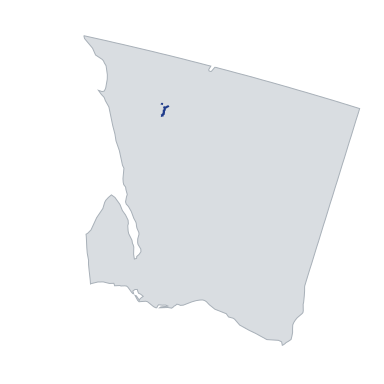 Aswan, Aswan, Egypt (highlighted), rotated 194°
{"feature_id": "37247803B17658865613215", "entity_name": "Aswan", "entity_type": "district", "adm_level": 2, "iso_a3": "EGY", "parent_name": "Egypt", "parent_adm1": "Aswan", "projection": "albers", "projection_center": [32.887, 24.103], "detail": "fine", "context": "in_parent", "style": "filled", "palette": "blue", "viewbox_px": 384, "rotation_deg": 194, "n_neighbors": 0, "source": "geoboundaries", "source_scale": "gbopen_adm2", "svg_char_len": 5355}
<svg xmlns="http://www.w3.org/2000/svg" viewBox="0 0 384 384"><g transform="rotate(194 192 192)"><path d="M334.5,317.5L326.6,317.7L318.8,317.9L310.9,318.1L303.0,318.2L295.2,318.4L287.3,318.5L279.4,318.6L271.6,318.7L263.7,318.8L255.8,318.8L248.0,318.9L240.1,318.9L232.2,318.9L224.4,318.8L216.5,318.8L208.6,318.7L204.2,318.7L204.9,316.4L205.4,314.8L204.9,313.7L203.4,313.4L202.4,313.7L200.0,318.5L198.8,318.7L196.0,318.6L186.8,318.5L177.6,318.3L168.5,318.2L159.3,318.0L150.2,317.7L141.0,317.5L131.9,317.2L122.7,316.9L113.5,316.5L104.4,316.2L95.2,315.8L86.1,315.4L76.9,315.0L67.8,314.5L58.6,314.0L49.5,313.5L49.8,307.7L50.2,302.0L50.5,296.2L50.8,290.4L51.1,284.6L51.5,278.8L51.8,273.0L52.1,267.2L52.4,261.4L52.8,255.6L53.1,249.8L53.4,244.0L53.7,238.2L54.1,232.4L54.4,226.6L54.7,220.8L55.1,215.1L55.4,209.3L55.7,203.5L56.0,197.7L56.4,191.9L56.7,186.1L57.0,180.3L57.3,174.5L57.7,168.8L58.0,163.0L58.3,157.2L58.6,151.4L59.0,145.6L59.3,139.9L59.6,134.1L59.9,128.3L59.8,127.2L58.8,123.2L57.9,118.2L57.0,112.0L57.0,110.0L55.3,103.6L55.2,101.8L55.8,100.6L59.5,95.4L60.7,92.9L61.7,89.9L62.1,87.4L61.3,83.5L60.4,80.0L60.2,76.4L60.2,72.9L62.1,70.7L64.3,68.6L65.1,67.3L66.4,65.8L67.3,65.1L68.8,68.3L72.2,69.0L83.7,66.9L96.1,70.2L103.0,71.6L113.5,74.4L119.9,78.9L121.6,79.5L126.3,79.6L129.3,82.2L141.4,83.8L147.9,86.8L151.5,89.1L153.7,89.8L155.7,89.8L158.4,89.0L161.7,87.6L165.4,85.5L173.1,80.1L175.8,79.2L177.5,79.5L179.6,79.5L180.5,78.0L181.7,77.0L182.4,75.8L183.6,74.4L187.5,74.1L195.4,71.8L194.5,72.9L187.3,75.5L190.3,75.9L193.5,75.0L197.1,74.5L197.7,73.4L198.2,71.2L198.9,70.9L201.4,71.4L208.7,74.8L210.5,74.8L215.7,73.1L216.8,72.7L218.5,73.7L222.3,77.9L220.9,77.8L216.9,74.2L216.5,76.0L214.1,79.0L217.0,80.4L219.4,80.9L220.7,82.7L221.5,84.2L223.8,83.6L225.5,81.5L224.6,80.3L224.0,79.1L224.8,79.1L226.4,80.1L231.1,84.1L232.7,84.9L234.5,84.7L238.3,83.6L239.3,83.8L244.4,82.3L245.0,83.4L245.8,84.5L249.9,83.3L256.4,83.3L261.6,81.9L267.7,78.7L268.2,78.2L268.5,79.0L269.2,81.2L271.2,86.6L272.8,90.9L274.9,96.8L275.5,99.1L275.8,100.6L278.8,107.2L280.6,112.5L281.9,116.9L283.8,123.2L284.6,125.4L283.3,126.6L280.8,130.8L278.3,144.0L274.5,154.4L274.2,160.9L273.6,163.2L271.8,166.5L269.5,169.7L265.5,168.1L258.9,162.5L255.1,157.2L251.0,153.7L247.2,149.2L246.1,145.9L246.2,143.8L244.5,138.6L243.3,136.2L238.6,130.7L237.3,127.7L236.3,126.5L235.2,124.6L233.6,117.5L231.7,113.0L229.7,114.2L230.0,116.1L228.2,118.7L227.1,121.8L227.9,124.3L231.7,128.1L232.5,129.8L233.3,133.3L233.2,138.2L233.8,139.9L236.6,143.5L237.7,145.7L238.3,147.6L239.2,149.2L242.1,152.4L246.2,158.4L250.1,162.5L252.9,164.4L254.1,166.4L254.4,171.5L254.2,173.9L256.7,178.4L257.6,180.7L260.0,182.6L261.1,184.8L262.2,188.2L263.8,198.6L265.9,201.1L272.5,214.6L278.1,223.2L280.8,229.6L285.0,237.3L293.2,254.4L298.1,259.6L300.1,262.5L303.6,264.8L307.4,268.0L303.8,267.7L302.9,268.0L301.7,268.6L301.1,270.6L300.9,272.2L301.5,280.9L302.5,285.3L305.9,293.7L308.3,296.1L309.5,297.7L311.1,298.9L318.7,301.6L323.3,307.5L333.4,314.9L334.5,317.0L334.5,317.5Z" fill="#d9dde1" stroke="#a8b0b8" stroke-width="1"/><path d="M238.5,266.2L238.4,266.0L238.4,265.8L238.4,265.7L238.5,265.6L238.5,265.4L238.5,265.2L238.8,265.0L238.8,264.9L238.9,264.7L239.0,264.6L239.1,264.4L239.2,264.2L239.1,263.9L239.0,263.7L238.9,263.6L238.9,263.4L238.7,263.2L238.6,262.9L238.5,262.6L238.5,262.4L238.5,262.2L238.4,262.0L238.4,261.8L238.4,261.7L238.5,261.5L238.6,261.4L238.6,261.2L238.6,260.9L238.5,261.0L238.4,261.1L238.5,261.3L238.4,261.4L238.5,261.3L238.4,261.3L238.4,261.2L238.5,261.0L238.5,260.9L238.7,260.7L238.8,260.6L238.9,260.4L238.9,260.2L239.0,260.1L239.1,259.9L239.3,259.8L239.3,259.7L239.4,259.4L239.4,259.2L239.5,259.2L239.4,259.1L239.5,259.1L239.5,258.9L239.4,258.9L239.2,258.9L239.1,259.1L238.9,259.3L238.7,259.6L238.6,259.8L238.6,260.0L238.3,260.3L238.1,260.5L238.0,260.8L238.1,261.1L238.1,261.3L238.1,261.6L238.2,262.5L238.3,262.7L238.3,262.8L238.3,263.0L238.4,263.5L238.5,263.5L238.6,263.8L238.6,264.0L238.5,264.3L238.4,264.3L238.3,264.5L238.2,264.6L238.1,265.1L238.1,265.4L238.1,265.5L238.2,265.9L238.2,266.1L238.3,266.3L238.4,266.2L238.5,266.2L238.5,266.2ZM239.4,264.3L239.4,264.2L239.3,263.9L239.3,263.6L239.2,263.4L239.1,263.1L238.9,263.0L238.8,262.5L239.0,262.3L238.9,261.2L239.0,260.9L239.1,260.7L239.3,260.4L239.2,260.3L239.3,260.2L239.6,259.8L239.8,259.2L239.8,258.5L239.8,258.3L239.7,258.3L239.6,258.6L239.6,258.8L239.6,259.0L239.6,259.3L239.5,259.6L239.4,259.7L239.4,259.8L239.2,259.9L239.2,260.0L239.0,260.3L239.0,260.5L238.9,260.6L238.8,260.8L238.7,260.9L238.7,261.0L238.7,261.3L238.6,261.5L238.6,261.8L238.6,262.0L238.6,262.3L238.6,262.5L238.7,262.8L238.8,262.9L238.8,263.0L239.0,263.2L239.0,263.3L239.0,263.5L239.2,263.8L239.2,264.0L239.3,264.0L239.3,264.3L239.4,264.3ZM239.1,266.7L239.1,266.8L239.0,267.0L238.9,267.0L238.8,267.3L238.8,267.5L238.9,267.8L239.0,267.8L239.6,267.7L239.7,267.3L239.6,266.9L239.3,266.7L239.1,266.7ZM238.0,268.0L238.2,267.6L238.2,267.4L237.6,267.5L237.2,267.7L237.1,267.9L237.3,268.1L237.7,268.2L238.0,268.0ZM236.1,269.5L236.4,269.3L236.6,269.3L236.8,269.1L236.4,268.6L235.6,269.3L235.9,269.6L236.1,269.5ZM242.7,270.1L242.4,270.1L242.1,270.1L242.1,270.3L242.1,270.5L242.3,270.6L242.5,270.6L242.7,270.4L242.8,270.1L242.7,270.1ZM238.6,262.7L238.6,262.8L238.6,262.7L238.6,262.4L238.5,262.2L238.5,262.3L238.6,262.5L238.6,262.7Z" fill="#3b82f6" stroke="#1e3a8a" stroke-width="1.5"/></g></svg>